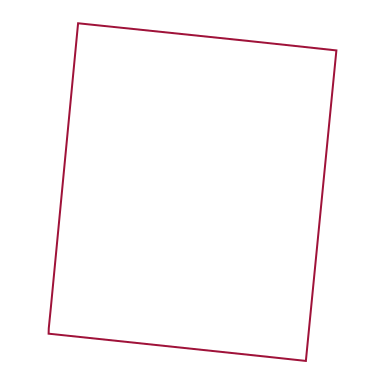 Sullivan, Missouri, United States of America (Robinson projection), rotated 96°
{"feature_id": "52423323B80963184454331", "entity_name": "Sullivan", "entity_type": "district", "adm_level": 2, "iso_a3": "USA", "parent_name": "United States of America", "parent_adm1": "Missouri", "projection": "robinson", "projection_center": [-93.116, 40.21], "detail": "fine", "context": "isolated", "style": "outline", "palette": "rose", "viewbox_px": 384, "rotation_deg": 96, "n_neighbors": 0, "source": "geoboundaries", "source_scale": "gbopen_adm2", "svg_char_len": 277}
<svg xmlns="http://www.w3.org/2000/svg" viewBox="0 0 384 384"><g transform="rotate(96 192 192)"><path d="M38.9,322.9L321.2,320.3L342.5,320.2L347.9,319.8L348.0,93.1L348.1,61.1L36.1,63.2L35.9,149.8L36.1,322.9L38.9,322.9Z" fill="none" stroke="#9f1239" stroke-width="2"/></g></svg>